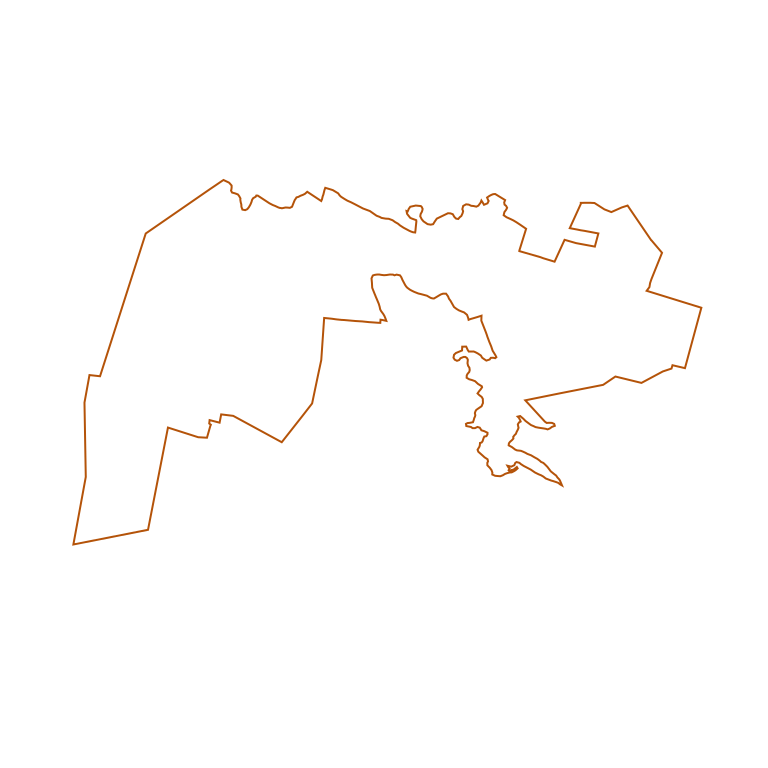 San Francisco Ixhuatán, Oaxaca, Mexico (Natural Earth projection), rotated 285°
{"feature_id": "50627088B52661088255154", "entity_name": "San Francisco Ixhuatán", "entity_type": "district", "adm_level": 2, "iso_a3": "MEX", "parent_name": "Mexico", "parent_adm1": "Oaxaca", "projection": "natural_earth1", "projection_center": [-94.502, 16.336], "detail": "fine", "context": "isolated", "style": "outline", "palette": "amber", "viewbox_px": 768, "rotation_deg": 285, "n_neighbors": 0, "source": "geoboundaries", "source_scale": "gbopen_adm2", "svg_char_len": 6152}
<svg xmlns="http://www.w3.org/2000/svg" viewBox="0 0 768 768"><g transform="rotate(285 384 384)"><path d="M527.0,165.3L467.7,114.9L318.0,107.7L316.4,97.2L288.5,99.5L217.0,120.0L148.6,125.5L182.1,193.8L286.0,186.6L284.5,218.3L286.3,226.9L298.5,227.1L299.8,227.3L300.6,225.4L304.0,224.9L304.1,235.2L312.5,234.6L314.2,246.6L301.3,300.3L332.1,313.5L346.6,319.6L375.2,318.0L390.9,317.2L432.3,309.1L433.5,316.4L434.1,321.3L435.0,326.8L435.4,328.5L437.5,340.4L438.8,346.7L439.9,353.6L440.8,358.2L441.5,361.9L442.1,364.6L445.2,364.0L445.4,365.7L445.6,369.9L447.5,368.6L449.7,366.9L451.4,365.2L453.7,362.3L455.1,361.0L457.5,359.8L460.1,358.2L461.9,356.8L464.0,355.2L466.0,353.6L467.5,352.5L468.9,351.4L472.0,349.1L473.9,347.7L476.6,346.8L478.5,346.2L482.8,344.6L485.8,345.1L486.0,345.2L486.9,346.6L487.8,348.6L488.5,350.9L488.7,353.1L489.1,355.9L489.9,358.2L491.2,361.2L492.0,364.3L491.7,366.0L492.9,367.8L493.1,371.3L491.6,373.1L489.3,374.9L485.1,378.8L483.9,380.2L483.0,381.6L481.8,384.7L481.3,386.8L480.8,389.4L480.3,393.8L480.4,396.2L480.4,402.6L479.3,406.6L479.2,408.4L479.5,410.1L481.4,412.0L483.7,414.2L485.3,415.8L486.5,417.6L487.3,420.6L485.2,423.2L483.2,424.7L481.6,426.7L476.5,431.7L475.3,434.6L474.5,437.4L474.1,440.5L473.9,442.8L472.3,446.3L469.6,448.2L467.9,449.1L469.1,450.7L470.6,453.2L473.0,457.1L475.2,460.5L470.4,461.6L460.9,468.6L459.2,469.8L457.6,470.9L456.6,471.5L451.7,475.0L448.1,477.8L444.3,480.3L440.6,484.2L439.0,485.6L437.7,484.7L437.6,482.6L436.9,480.4L435.0,479.7L433.1,476.8L434.0,474.1L434.8,472.0L436.6,470.2L437.8,466.6L438.4,463.9L438.6,462.2L437.7,459.0L437.3,457.5L438.6,456.0L441.4,453.7L440.3,449.9L436.6,450.7L432.5,445.4L430.4,444.1L427.4,444.3L425.8,446.0L425.3,448.5L426.6,450.4L428.7,451.2L430.8,454.0L431.2,455.7L430.4,457.6L429.1,458.7L425.6,459.3L423.4,460.5L421.8,462.3L419.6,463.2L417.7,463.2L415.5,462.1L413.7,461.7L411.4,462.2L410.6,465.1L410.6,467.9L410.3,471.2L409.3,473.1L408.4,474.8L407.1,479.1L406.2,479.6L403.7,478.7L401.8,477.8L399.1,476.8L397.9,479.0L396.8,481.7L395.2,483.3L391.2,484.5L387.8,484.0L383.0,479.9L381.4,479.4L379.4,479.3L377.5,480.3L376.0,480.3L374.5,480.0L372.4,480.0L370.1,479.8L368.6,476.7L367.9,474.8L366.7,473.5L364.7,474.4L365.0,479.1L364.3,480.9L364.9,483.3L366.7,485.4L366.6,487.8L364.5,490.1L364.4,493.0L363.7,496.6L362.2,497.0L360.1,496.4L359.2,494.5L357.7,494.2L354.1,494.0L352.7,493.4L351.9,492.0L349.7,492.4L348.2,492.4L344.7,491.4L343.0,492.6L340.2,498.2L339.2,500.1L338.1,503.5L336.2,504.5L334.6,504.2L332.2,504.9L330.5,507.8L328.7,510.1L326.5,511.6L324.6,512.0L324.1,515.1L324.4,516.9L325.0,520.2L326.6,522.4L328.5,524.2L329.8,526.1L331.1,528.4L331.7,530.2L333.5,532.2L334.8,533.4L337.1,534.9L338.2,533.8L336.4,532.5L334.7,531.2L333.8,529.2L331.9,528.5L332.9,526.7L334.8,527.2L335.8,525.6L337.0,524.4L337.1,528.3L339.3,530.9L341.7,531.2L342.9,532.2L342.9,535.2L342.1,536.8L341.0,540.2L339.3,547.9L337.6,552.7L336.8,556.7L336.5,559.3L335.8,561.9L334.6,564.7L334.0,570.5L334.0,572.4L333.8,576.0L333.6,577.9L332.7,579.9L332.1,582.2L336.1,579.1L337.2,578.0L338.6,575.7L340.1,574.0L340.9,572.0L342.8,567.7L345.0,564.9L346.3,563.2L347.7,560.8L349.0,558.4L349.4,555.8L350.2,554.4L351.4,551.4L351.6,550.4L351.8,549.7L352.1,548.4L353.2,544.5L353.6,540.6L354.2,538.3L354.7,535.3L354.9,533.5L354.3,529.6L354.6,527.7L356.2,523.8L357.0,520.3L359.0,520.0L360.6,520.6L363.0,522.2L364.8,523.1L366.4,522.5L368.5,523.4L370.0,524.3L372.0,524.5L374.6,525.1L376.5,525.3L377.8,524.6L379.7,523.7L381.9,524.4L383.1,525.7L384.5,524.7L386.2,523.1L387.1,521.6L388.3,523.8L386.5,527.6L384.9,530.3L382.4,536.6L382.0,539.5L381.6,541.5L381.8,544.6L382.4,549.7L382.6,552.0L382.5,553.8L384.0,555.7L386.0,557.3L387.8,559.8L389.5,558.7L389.9,556.3L389.3,553.6L388.5,551.2L389.3,549.1L404.8,524.7L420.7,556.7L439.9,595.9L451.1,605.6L451.7,632.4L468.3,650.1L473.3,657.7L476.8,657.8L477.2,670.6L539.8,670.8L542.0,613.6L546.3,615.3L550.4,614.9L554.7,615.2L582.7,618.6L592.1,605.0L592.1,604.8L619.4,573.1L616.1,568.0L608.9,559.1L609.7,552.0L609.7,551.8L613.3,540.5L612.3,535.8L609.9,527.2L608.9,527.5L582.6,523.1L583.2,530.7L583.4,534.2L583.8,537.8L584.9,552.1L571.3,552.1L570.2,538.2L569.8,533.1L570.0,521.1L561.6,519.7L546.3,517.1L546.7,505.2L547.0,502.2L547.4,480.3L548.0,480.2L570.7,481.1L573.1,474.3L574.5,470.1L575.5,466.6L576.1,463.5L576.8,459.2L578.0,455.9L581.2,455.8L584.0,456.9L586.1,457.3L587.7,455.8L588.5,454.0L590.5,453.1L593.0,453.4L596.3,442.2L595.6,440.3L594.5,438.8L592.9,437.1L590.8,435.3L588.3,437.2L587.9,437.7L585.3,437.2L583.0,434.2L584.8,432.4L586.4,430.6L584.3,430.4L580.7,429.0L579.2,427.3L579.1,424.5L578.7,422.1L579.2,419.4L578.8,416.8L576.5,414.4L573.2,414.4L571.4,415.7L569.2,415.7L566.3,415.2L564.7,414.0L562.6,413.0L562.4,410.8L563.6,408.7L565.8,406.5L566.0,404.0L565.5,401.6L557.4,392.2L554.1,391.0L551.1,390.1L550.0,387.9L549.7,384.7L551.3,380.1L552.9,377.8L555.4,375.6L557.7,375.4L560.0,376.0L561.5,376.1L563.1,376.0L564.8,374.6L565.4,373.5L564.6,368.5L562.0,363.5L559.6,362.6L556.8,362.2L556.9,361.0L554.4,362.2L553.6,363.2L551.3,366.3L551.0,368.0L550.6,372.7L549.4,373.2L544.9,373.9L540.8,374.6L538.4,374.9L538.1,372.8L538.2,371.1L538.5,369.0L539.1,366.4L540.0,362.5L541.3,358.5L542.5,355.9L543.3,352.8L544.4,349.9L544.8,345.8L544.2,343.0L544.0,341.1L543.8,338.6L544.3,336.5L544.6,333.3L547.4,325.6L548.1,318.3L550.2,308.9L551.0,305.1L551.6,301.2L552.4,298.3L553.4,295.1L553.9,293.7L554.8,292.2L556.3,290.4L558.0,284.5L558.1,283.0L558.2,279.9L558.3,276.5L555.8,276.3L551.2,276.4L549.3,276.2L546.3,276.3L544.5,276.0L549.8,260.1L547.2,258.4L545.7,256.7L544.2,254.6L542.6,252.9L541.6,251.2L539.4,250.5L538.7,250.2L536.6,249.9L531.4,249.3L529.8,247.5L529.5,245.6L529.0,243.2L527.3,239.9L527.3,238.8L527.1,237.7L527.2,236.2L527.8,232.9L528.1,230.2L528.9,226.6L533.3,213.3L533.0,211.9L531.7,211.6L529.6,209.5L527.7,208.9L525.6,208.9L522.7,208.5L519.7,207.7L517.5,206.7L516.0,204.9L515.8,202.1L518.3,200.4L520.5,199.7L522.4,198.6L524.8,197.5L526.1,197.3L526.5,196.9L528.0,195.5L529.3,193.8L529.6,190.6L529.6,187.7L531.2,186.2L532.8,186.2L534.7,185.9L536.3,185.4L538.3,182.4L538.5,181.7L539.5,176.1L532.3,169.9L527.0,165.3Z" fill="none" stroke="#b45309" stroke-width="2"/></g></svg>